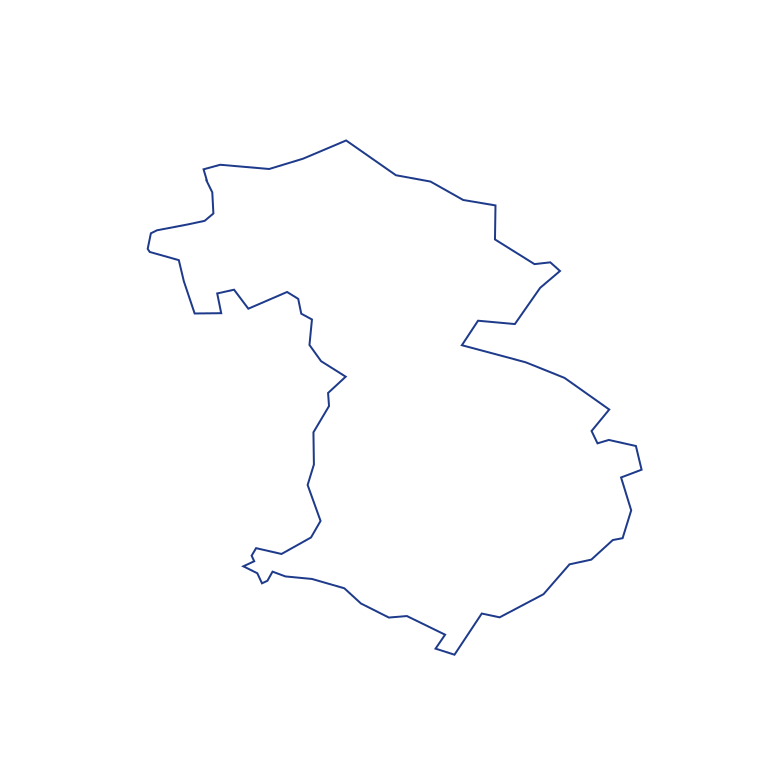 Bulungur, Samarkand, Uzbekistan (Mercator projection), rotated 153°
{"feature_id": "79887680B67251663283691", "entity_name": "Bulungur", "entity_type": "district", "adm_level": 2, "iso_a3": "UZB", "parent_name": "Uzbekistan", "parent_adm1": "Samarkand", "projection": "mercator", "projection_center": [67.382, 39.691], "detail": "fine", "context": "isolated", "style": "outline", "palette": "blue", "viewbox_px": 768, "rotation_deg": 153, "n_neighbors": 0, "source": "geoboundaries", "source_scale": "gbopen_adm2", "svg_char_len": 1174}
<svg xmlns="http://www.w3.org/2000/svg" viewBox="0 0 768 768"><g transform="rotate(153 384 384)"><path d="M449.8,646.1L450.0,632.7L458.6,613.4L469.7,610.8L486.2,615.2L516.4,624.0L523.3,624.1L533.2,611.7L532.8,608.0L510.6,587.5L515.7,566.4L520.7,532.8L496.9,521.0L491.5,540.4L474.8,536.1L470.7,512.7L428.6,510.0L421.8,498.8L425.8,484.2L418.9,474.2L432.7,452.6L429.7,432.9L414.8,407.9L437.9,401.4L443.0,389.3L468.8,373.0L483.0,344.1L497.9,328.7L502.7,290.8L518.7,280.4L552.5,279.1L572.5,295.8L579.9,291.1L580.1,285.0L592.1,285.4L582.8,272.9L583.2,261.8L577.2,261.6L568.5,267.4L559.2,257.3L536.7,243.0L512.1,220.0L504.2,198.9L485.7,173.7L469.0,166.9L443.4,132.9L458.2,124.8L444.1,110.8L401.1,135.1L386.9,123.6L337.3,124.3L300.6,139.1L279.0,133.4L251.0,141.1L241.4,138.3L221.1,159.2L215.2,193.1L193.4,190.7L187.7,214.4L209.1,232.1L220.7,234.2L220.4,247.9L194.9,259.0L220.4,307.5L248.0,339.1L297.0,383.2L271.5,397.7L240.2,378.0L201.2,398.8L175.9,404.8L180.6,416.9L195.5,422.5L219.5,462.4L203.6,492.5L229.9,512.0L250.7,543.3L278.6,564.6L307.2,618.2L353.8,621.5L388.7,627.7L430.4,653.7L447.3,657.2L449.4,646.0L449.8,646.1Z" fill="none" stroke="#1e3a8a" stroke-width="2"/></g></svg>